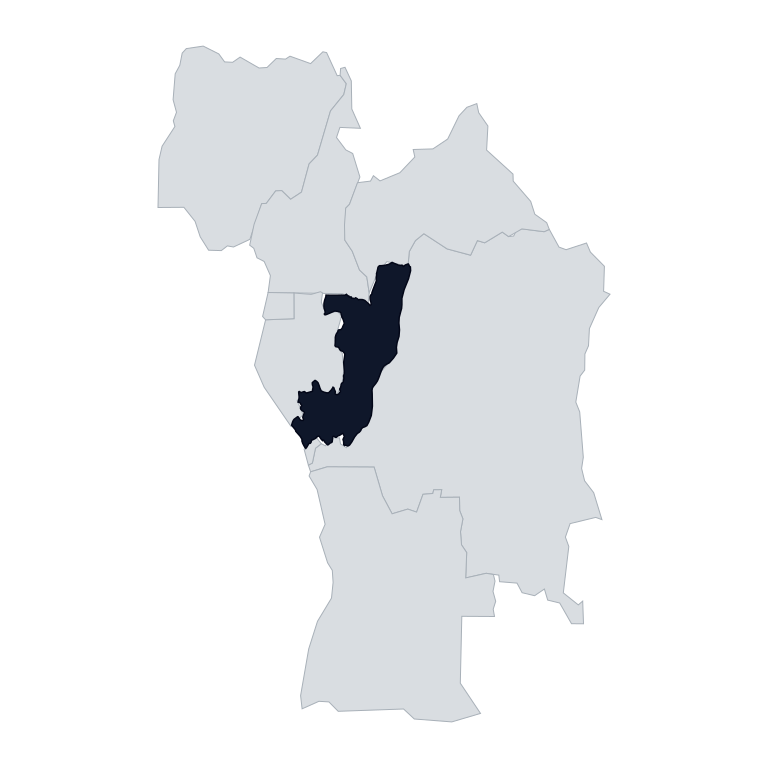 Republic of the Congo shown with its bordering countries
{"feature_id": "COG", "entity_name": "Republic of the Congo", "entity_type": "country or territory", "adm_level": 0, "iso_a3": "COG", "parent_name": "Africa", "parent_adm1": "", "projection": "equal_earth", "projection_center": [14.374, -0.658], "detail": "fine", "context": "with_neighbors", "style": "filled", "palette": "ink", "viewbox_px": 768, "rotation_deg": 0, "n_neighbors": 7, "source": "natural_earth", "source_scale": "50m", "svg_char_len": 8062}
<svg xmlns="http://www.w3.org/2000/svg" viewBox="0 0 768 768"><path d="M579.7,411.9L583.3,457.3L581.6,468.4L584.6,480.8L593.7,492.7L601.9,519.6L595.7,517.4L570.1,523.6L565.4,537.1L568.8,546.5L563.3,592.9L578.3,604.9L582.7,601.1L583.5,623.8L571.5,623.7L559.7,603.0L547.7,600.1L544.4,589.0L534.6,595.7L522.1,592.7L517.0,583.1L499.6,581.7L498.8,575.1L486.2,573.3L465.7,577.9L466.7,552.6L461.5,544.8L460.5,531.7L462.9,518.9L459.7,510.6L459.5,497.2L440.3,497.4L441.7,489.7L433.7,489.8L432.8,493.5L423.0,494.3L416.6,512.1L407.8,509.1L392.1,513.8L382.5,495.8L374.1,467.1L327.3,466.8L310.6,471.8L308.4,465.2L312.4,463.0L315.5,448.2L321.3,443.7L325.4,445.8L330.8,437.7L339.5,437.9L340.5,443.9L346.4,447.7L369.0,417.0L368.5,399.4L375.4,378.6L393.2,357.3L395.0,350.5L398.0,335.2L399.1,304.1L407.0,279.3L409.3,251.5L415.4,240.6L423.9,233.7L447.1,248.9L470.6,255.2L477.4,240.6L484.7,242.8L502.3,232.1L508.6,236.6L513.7,236.0L516.1,230.8L521.9,228.9L544.1,231.7L549.3,229.4L559.0,247.1L566.1,249.7L586.5,243.0L590.4,252.1L604.4,266.3L603.6,291.3L610.0,294.2L598.8,307.5L589.4,328.6L588.5,345.8L584.9,354.0L584.7,370.1L580.1,376.1L575.8,402.1L579.7,411.9Z" fill="#d9dde1" stroke="#a8b0b8" stroke-width="1"/><path d="M158.0,207.5L159.0,159.6L162.1,146.2L174.9,126.5L173.3,120.8L176.5,112.3L173.1,99.7L175.2,73.8L179.8,65.3L182.2,53.1L186.3,48.6L203.2,46.1L218.8,53.9L224.6,61.9L232.6,62.3L240.1,57.1L259.0,68.0L267.0,67.5L276.3,58.5L285.5,59.1L290.0,56.2L310.6,63.6L322.9,51.8L326.6,52.6L337.2,75.7L340.1,75.3L346.3,83.7L343.8,94.5L330.5,110.9L317.5,155.1L309.1,163.9L301.5,192.1L290.6,199.3L281.7,190.6L275.7,190.9L266.3,203.4L261.7,203.6L249.9,239.3L233.5,247.0L227.4,245.9L221.3,250.6L208.6,250.2L200.2,236.8L195.1,221.4L183.9,207.3L158.0,207.5Z" fill="#d9dde1" stroke="#a8b0b8" stroke-width="1"/><path d="M345.0,67.3L351.3,80.9L351.8,109.0L360.4,128.3L339.9,127.4L336.5,137.5L345.8,149.9L352.7,153.5L359.9,177.0L349.5,204.3L345.7,208.2L344.8,240.1L352.3,251.3L359.5,270.0L366.8,276.9L369.2,292.8L368.0,304.4L342.5,293.7L268.1,292.5L270.4,275.6L264.2,261.5L257.0,257.8L253.8,248.3L249.7,245.2L254.1,224.2L261.7,203.6L266.3,203.4L275.7,190.9L281.7,190.6L290.6,199.3L301.5,192.1L309.1,163.9L317.5,155.1L330.5,110.9L343.8,94.5L346.3,83.7L340.1,75.3L340.6,68.5L345.0,67.3Z" fill="#d9dde1" stroke="#a8b0b8" stroke-width="1"/><path d="M549.3,229.4L544.1,231.7L521.9,228.9L508.6,236.6L502.3,232.1L484.7,242.8L477.4,240.6L470.6,255.2L447.1,248.9L423.9,233.7L415.4,240.6L409.3,251.5L407.9,266.4L386.9,261.6L377.5,272.9L369.2,292.8L366.8,276.9L359.5,270.0L352.3,251.3L344.8,240.1L344.5,224.8L345.7,208.2L349.5,204.3L357.5,182.7L370.5,181.1L373.4,175.7L380.0,180.9L399.9,172.7L414.8,157.0L413.2,149.5L432.9,148.9L447.7,139.0L459.0,115.8L466.9,107.3L476.8,103.6L478.7,112.7L487.9,126.0L486.6,150.1L513.0,174.1L513.2,181.1L530.7,201.4L534.8,214.2L546.7,222.7L549.3,229.4Z" fill="#d9dde1" stroke="#a8b0b8" stroke-width="1"/><path d="M293.9,293.0L311.1,294.4L320.5,291.7L322.5,292.9L321.3,302.2L325.8,313.3L337.6,311.5L341.6,315.8L334.7,340.6L342.2,353.2L343.9,369.9L341.9,384.2L337.1,394.3L323.0,393.4L314.6,383.1L313.3,392.6L302.6,395.2L297.1,400.6L303.1,414.7L291.1,426.5L264.2,387.3L254.5,365.2L265.6,319.8L294.0,318.7L293.9,293.0Z" fill="#d9dde1" stroke="#a8b0b8" stroke-width="1"/><path d="M268.1,292.5L293.9,293.0L294.0,318.7L265.6,319.8L262.6,316.5L268.1,292.5Z" fill="#d9dde1" stroke="#a8b0b8" stroke-width="1"/><path d="M321.3,443.7L315.5,448.2L312.4,463.0L308.4,465.2L304.1,449.2L315.3,436.3L321.3,443.7ZM310.6,471.8L327.3,466.8L374.1,467.1L382.5,495.8L392.1,513.8L407.8,509.1L416.6,512.1L423.0,494.3L432.8,493.5L433.7,489.8L441.7,489.7L440.3,497.4L459.5,497.2L459.7,510.6L462.9,518.9L460.5,531.7L461.5,544.8L466.7,552.6L465.7,577.9L486.2,573.3L493.4,574.5L495.0,581.1L493.0,591.4L495.7,601.3L493.2,609.2L494.5,616.5L461.8,616.3L460.3,683.2L480.5,713.4L451.8,721.9L414.3,719.0L403.6,709.0L338.2,711.3L328.9,701.9L318.9,701.3L302.1,708.8L300.6,695.6L308.7,649.0L317.5,621.3L331.5,598.1L333.1,582.4L332.3,570.4L327.6,562.8L319.5,537.2L325.1,524.3L317.1,489.5L309.1,476.0L310.6,471.8Z" fill="#d9dde1" stroke="#a8b0b8" stroke-width="1"/><path d="M291.6,425.2L292.6,421.9L293.3,420.4L294.1,419.3L297.6,416.7L298.1,416.8L300.5,420.2L301.2,420.4L302.0,420.3L303.0,420.5L303.5,419.8L303.6,419.0L302.9,418.0L302.8,417.0L303.3,415.8L303.6,414.6L304.3,413.1L304.4,412.4L303.6,411.6L302.0,410.5L300.9,409.4L300.5,408.3L300.8,406.9L301.7,405.8L301.6,405.2L300.8,404.2L300.3,403.2L299.7,402.5L298.1,402.1L298.4,400.7L299.0,398.5L299.1,396.9L298.7,392.7L298.7,391.9L299.2,391.5L300.1,392.0L301.1,392.6L303.7,391.7L304.6,391.6L305.4,392.4L306.4,393.0L312.5,391.3L312.6,389.4L313.0,387.8L313.0,386.6L312.8,385.8L312.5,385.2L312.3,384.0L312.3,382.7L312.9,382.1L314.8,380.5L315.4,380.5L316.7,381.4L318.0,382.7L319.1,385.5L319.9,388.0L321.2,390.9L323.8,392.1L327.0,392.9L328.7,392.7L331.1,390.2L332.5,388.2L333.0,387.2L333.8,387.7L334.7,390.3L335.3,391.3L335.4,392.2L335.0,393.4L335.4,394.2L337.1,394.7L338.6,394.2L339.2,393.1L340.4,391.8L340.4,390.6L339.8,389.9L339.8,388.8L340.4,388.0L341.0,385.8L341.2,384.2L341.8,383.2L342.9,382.5L343.3,381.8L343.9,378.0L343.6,376.6L343.6,375.5L344.3,374.0L344.4,371.6L344.1,367.7L343.9,365.0L343.7,362.2L344.3,358.5L344.8,354.6L344.7,353.7L343.9,352.5L343.0,351.4L340.5,350.5L339.5,349.1L338.8,347.6L338.3,347.2L335.6,346.6L335.0,345.7L335.2,343.3L335.4,339.8L335.3,337.3L335.8,335.3L336.4,333.8L337.6,332.2L338.2,330.4L338.6,329.9L340.9,329.6L341.7,328.8L342.3,328.0L342.6,327.0L343.4,325.2L344.1,324.0L344.2,323.2L344.0,322.1L343.3,319.9L342.5,318.0L342.0,317.4L341.0,313.1L340.1,312.1L338.2,311.5L334.8,311.0L332.8,311.8L329.6,313.2L327.2,314.2L325.6,314.8L324.7,314.7L324.3,314.0L324.9,313.4L325.2,312.1L324.8,310.2L324.2,308.5L323.9,306.1L324.0,303.1L324.6,300.3L325.9,296.6L326.0,295.1L329.8,295.2L333.6,295.2L337.7,295.2L341.7,295.1L344.9,295.3L346.4,294.3L347.8,295.7L348.5,296.1L348.8,296.0L349.3,297.0L351.1,296.9L351.4,297.1L351.5,298.3L353.2,298.3L354.0,298.6L354.6,298.5L355.6,297.8L356.3,298.1L357.6,299.0L358.4,299.8L359.7,299.5L362.6,299.6L364.8,300.4L367.1,302.5L368.6,303.7L369.9,305.5L370.4,305.2L370.9,304.7L371.1,304.5L371.1,302.9L370.3,300.3L370.1,298.1L370.2,296.3L370.8,295.0L371.8,294.2L371.9,293.0L371.9,292.8L372.9,289.9L374.0,287.0L375.3,283.6L376.4,280.8L376.2,279.4L376.3,277.3L376.6,275.0L376.5,273.6L376.8,272.7L377.6,269.3L378.0,267.3L378.6,266.4L379.6,265.7L381.1,265.7L384.9,265.3L388.4,264.4L389.5,264.0L391.8,262.5L392.6,262.5L393.3,263.0L397.6,264.7L398.8,265.3L399.2,265.2L399.9,265.4L400.9,265.4L401.8,265.2L402.5,265.4L403.2,266.5L403.8,266.4L404.4,265.6L405.7,264.8L408.2,263.9L408.6,264.3L409.5,266.3L410.4,266.9L410.6,270.7L409.4,275.3L408.5,278.8L406.2,284.5L404.1,289.7L401.9,298.3L401.9,304.6L401.6,308.5L400.9,310.9L399.2,317.4L398.9,323.0L399.5,329.9L399.0,336.4L397.1,342.5L396.4,347.3L396.8,353.1L393.5,358.0L389.3,362.8L386.6,364.2L384.4,365.8L382.9,367.6L382.4,368.6L381.3,370.8L378.8,377.7L377.5,380.8L375.8,383.4L373.3,386.5L372.4,388.0L372.0,390.2L372.2,394.1L372.4,406.2L372.0,409.7L371.3,415.5L368.8,422.0L366.9,425.6L365.0,426.7L362.6,427.6L361.4,428.9L360.7,430.6L359.3,432.2L357.3,433.5L354.7,436.8L351.7,442.1L349.6,445.0L348.4,445.8L347.2,445.9L346.0,445.3L345.0,445.2L344.5,445.5L344.2,445.2L343.7,444.7L343.7,443.5L343.6,441.5L343.0,439.5L343.7,437.8L344.3,436.6L344.2,435.9L343.6,434.9L342.9,433.4L342.2,433.5L340.8,434.6L339.3,435.5L337.9,435.9L336.8,436.8L336.3,437.3L335.3,437.3L334.8,436.8L333.7,436.2L333.0,436.4L332.7,436.7L332.6,438.6L332.4,440.2L332.2,441.7L331.8,442.4L330.1,443.1L328.9,444.2L327.9,444.9L327.3,444.7L326.0,443.3L324.8,442.1L324.1,441.0L323.7,440.2L323.5,439.9L322.7,439.8L322.5,440.5L322.1,440.2L320.9,438.8L319.4,436.5L318.9,436.1L318.1,436.2L316.9,437.0L315.6,438.3L313.4,439.5L311.6,440.2L311.4,441.0L311.0,442.4L310.3,443.3L308.7,443.6L308.1,444.9L306.7,447.3L305.8,448.4L305.5,448.0L304.9,447.4L303.8,445.5L302.6,443.1L302.3,442.0L302.0,441.4L301.9,439.1L300.2,436.3L295.8,431.3L295.4,429.8L291.6,425.2Z" fill="#0f172a" stroke="#020617" stroke-width="1.5"/></svg>